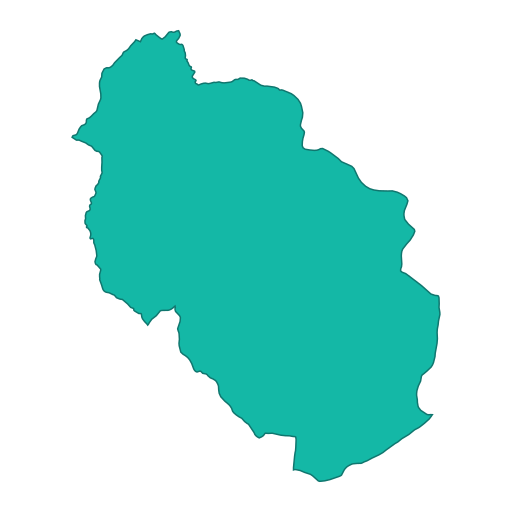 Monguì, Boyacá, Colombia (Mercator projection)
{"feature_id": "7082276B75915800684319", "entity_name": "Monguì", "entity_type": "district", "adm_level": 2, "iso_a3": "COL", "parent_name": "Colombia", "parent_adm1": "Boyacá", "projection": "mercator", "projection_center": [-72.845, 5.698], "detail": "fine", "context": "isolated", "style": "filled", "palette": "teal", "viewbox_px": 512, "rotation_deg": 0, "n_neighbors": 0, "source": "geoboundaries", "source_scale": "gbopen_adm2", "svg_char_len": 5899}
<svg xmlns="http://www.w3.org/2000/svg" viewBox="0 0 512 512"><path d="M291.3,93.7L282.9,90.2L281.6,89.9L279.8,90.1L279.2,89.7L278.5,88.8L277.7,88.3L274.4,87.1L267.0,86.1L264.6,86.2L260.8,85.2L254.1,80.8L252.8,80.6L252.1,79.9L251.5,79.9L250.6,80.3L249.3,80.2L248.8,80.1L247.7,79.3L244.4,78.2L240.1,78.1L238.0,79.4L235.7,79.4L234.7,79.7L232.1,81.6L230.7,82.1L224.2,82.9L221.9,82.7L219.0,81.9L215.8,82.5L214.0,82.3L210.4,83.3L208.4,83.7L205.4,83.1L203.4,83.3L201.0,84.0L198.6,85.0L198.2,85.0L197.3,84.2L195.8,83.5L195.4,83.0L195.1,81.9L195.9,80.9L196.0,80.3L195.4,79.7L193.4,78.6L192.4,77.5L192.3,76.7L192.4,75.9L193.3,74.6L194.3,72.9L194.7,72.5L194.7,71.3L194.3,71.0L192.2,70.3L191.2,69.5L191.0,68.4L191.4,67.4L191.3,67.0L191.0,66.7L189.7,66.1L189.1,65.3L188.0,62.5L186.9,61.0L187.2,59.9L187.1,59.5L185.8,58.9L185.4,58.5L185.2,57.9L185.5,55.6L185.2,52.9L184.3,51.0L184.2,49.4L183.0,45.6L182.5,44.9L181.7,44.3L180.7,44.5L179.3,44.3L177.2,43.0L176.4,42.0L176.6,40.8L178.6,38.5L180.1,35.5L180.1,34.2L179.9,33.5L178.6,30.7L176.5,31.1L174.6,32.1L173.5,32.3L172.7,32.2L171.4,31.7L169.3,32.1L168.8,32.4L165.1,36.9L162.2,39.1L161.2,38.7L159.4,37.5L155.8,34.6L155.0,33.6L154.3,33.2L152.6,34.0L150.5,33.8L147.3,34.7L144.3,36.0L143.2,36.9L141.8,38.6L140.4,41.7L135.9,39.8L134.5,41.8L130.7,45.8L128.6,48.8L126.6,50.5L123.8,52.0L123.4,52.4L122.0,55.4L119.7,57.5L114.6,62.7L112.7,65.4L110.6,67.1L109.9,67.5L108.1,67.9L107.1,67.7L106.2,67.9L104.1,69.0L102.2,72.7L101.9,73.5L101.7,77.0L100.1,80.2L99.7,81.5L99.5,83.1L99.5,86.5L100.8,93.9L100.9,98.0L100.5,99.6L98.4,104.1L96.9,110.5L95.9,111.9L93.7,113.7L91.3,116.2L89.4,117.8L86.8,119.0L86.4,120.2L86.3,122.4L85.5,123.9L84.1,124.8L81.7,125.7L80.5,127.0L79.1,129.1L77.4,133.3L76.6,134.4L75.8,134.9L73.2,135.6L72.7,136.0L72.1,137.3L76.4,140.1L79.1,140.1L81.2,141.1L85.7,142.9L88.5,144.9L91.6,146.2L95.0,150.4L96.8,151.3L98.4,151.4L99.6,152.1L102.1,155.7L102.2,156.2L101.9,157.6L102.0,162.5L101.7,167.2L101.7,170.5L102.1,172.1L102.0,173.2L100.4,176.3L100.5,177.4L100.3,178.3L99.2,180.3L98.8,181.3L98.8,182.6L97.6,184.5L96.1,185.8L95.1,188.2L94.9,189.5L96.0,192.3L95.9,193.3L94.8,195.8L94.1,196.6L92.8,197.0L91.1,198.0L90.3,199.1L90.5,200.6L91.4,202.6L91.4,203.6L91.0,204.3L90.2,204.7L89.7,205.5L89.6,206.7L90.1,208.2L90.1,209.6L89.4,210.6L86.9,211.7L86.2,212.6L85.4,215.6L85.6,218.8L85.0,220.4L85.0,222.3L85.2,223.6L86.9,225.5L86.9,226.4L86.5,226.9L86.6,227.5L88.0,228.1L88.7,229.1L89.9,230.6L90.5,232.2L90.8,233.9L90.7,235.4L90.0,237.9L90.2,238.5L90.7,238.9L92.1,238.4L92.9,238.4L93.4,239.0L93.8,240.0L93.8,242.6L94.1,243.6L94.7,244.7L96.2,250.6L96.8,255.6L96.7,256.5L95.7,259.0L95.0,261.7L95.4,263.4L96.0,264.5L97.1,265.0L100.7,269.1L100.7,270.3L99.6,274.3L99.6,276.7L99.8,278.5L99.7,279.7L101.6,285.0L102.8,289.0L103.7,290.6L104.9,291.6L106.1,292.2L109.2,292.8L112.9,294.6L113.7,294.8L114.7,295.5L116.5,297.7L119.6,299.0L121.1,299.3L122.3,299.4L127.6,303.9L130.7,307.4L133.6,308.5L133.9,310.3L134.6,311.0L138.8,313.5L141.1,313.6L141.4,314.2L141.8,317.0L142.5,318.8L144.6,321.6L147.1,324.2L147.7,325.1L148.4,324.3L149.4,322.5L151.8,319.2L156.3,315.7L160.3,310.8L160.8,310.6L162.4,310.4L168.0,310.3L169.3,310.0L170.9,309.3L172.6,308.2L175.0,306.1L175.3,307.5L175.0,308.7L175.1,309.9L175.6,311.5L179.3,315.4L180.0,316.4L180.4,317.7L180.1,321.4L177.7,328.6L177.7,329.1L178.3,331.2L178.8,332.3L179.1,333.9L179.4,339.3L179.0,343.3L179.2,345.8L180.8,352.1L183.0,354.2L185.3,355.6L187.7,357.5L189.7,359.9L191.7,363.5L193.7,368.9L194.6,370.4L195.6,371.4L197.0,372.0L199.9,371.1L200.9,371.4L202.7,373.3L206.2,374.0L207.2,374.7L207.9,375.7L210.3,377.8L213.1,379.0L215.6,380.6L216.8,382.2L218.0,384.6L218.5,386.3L218.7,389.9L219.2,393.3L220.8,396.8L224.8,401.1L228.9,404.6L230.2,406.1L231.6,408.3L232.6,411.2L233.8,412.8L236.1,414.8L238.8,416.7L241.8,418.3L244.6,421.5L247.2,423.5L248.5,424.2L254.1,432.6L254.9,434.5L256.1,435.9L257.4,436.9L259.2,437.9L261.5,436.9L263.4,435.6L265.0,433.4L265.4,433.2L268.2,433.4L272.2,433.2L280.9,435.2L285.5,435.7L289.4,435.8L293.1,436.5L294.7,436.6L295.6,436.9L295.8,437.4L296.1,439.6L295.8,447.4L295.5,450.9L295.1,452.6L294.6,456.1L293.5,467.6L293.5,469.9L294.4,469.6L295.9,469.6L300.2,470.5L304.6,472.4L310.4,474.3L312.5,475.7L318.3,480.9L319.6,481.3L321.1,481.2L324.8,480.8L329.9,479.6L339.4,476.3L340.7,475.7L341.5,475.1L344.1,470.1L345.0,468.8L346.7,467.0L348.6,465.7L351.8,464.1L353.0,463.8L357.1,463.4L361.0,463.3L362.0,463.0L364.1,461.9L367.0,460.8L371.8,458.2L379.0,454.8L382.8,452.6L386.5,449.7L394.8,443.7L397.9,441.9L401.8,438.7L408.8,434.5L414.6,429.8L418.6,427.7L420.2,426.6L424.4,423.3L429.2,419.0L431.1,416.5L432.3,414.7L430.3,414.6L428.9,414.8L427.0,414.5L420.7,410.3L418.5,407.4L418.0,406.0L417.4,402.4L417.3,399.7L416.6,395.4L416.6,393.4L416.9,390.7L418.3,386.0L420.6,381.1L421.4,376.3L422.2,374.9L423.7,373.8L427.0,371.0L431.1,367.1L432.5,364.9L433.5,362.5L435.0,356.5L435.2,353.4L437.0,343.5L437.4,338.7L437.1,332.5L437.3,329.1L438.1,324.9L438.5,321.0L439.9,314.5L439.8,312.3L439.0,307.4L439.2,303.8L439.0,297.8L438.4,296.0L437.3,295.6L435.0,295.4L430.9,294.0L421.6,285.7L410.0,276.8L405.7,273.6L402.1,272.2L400.6,270.9L400.7,268.9L401.5,266.7L401.8,264.0L401.3,255.9L401.5,253.2L401.9,251.0L402.8,248.9L406.7,243.9L410.2,240.0L413.4,234.9L414.8,231.3L414.3,229.4L408.4,224.1L404.7,219.4L404.0,215.8L403.9,213.8L404.4,210.5L406.9,204.3L407.9,200.8L406.5,197.7L404.3,195.9L400.6,193.7L397.3,192.2L392.4,190.9L387.8,191.0L379.3,190.8L373.9,190.0L369.7,188.7L365.6,186.3L361.4,182.4L358.4,178.1L354.0,168.6L351.7,166.3L341.4,161.7L338.2,158.5L330.6,152.8L328.1,151.2L322.6,148.5L320.4,148.7L319.1,149.5L317.0,150.2L314.4,150.4L309.9,150.0L305.0,149.2L303.0,147.7L302.2,145.5L302.4,141.5L302.9,138.5L304.0,134.7L304.4,132.2L304.0,131.0L301.4,128.2L300.4,126.1L300.5,124.3L301.5,120.1L302.4,117.3L302.8,112.8L301.5,106.5L300.5,103.3L298.0,99.4L293.9,95.5L291.3,93.7Z" fill="#14b8a6" stroke="#0f766e" stroke-width="1.5"/></svg>